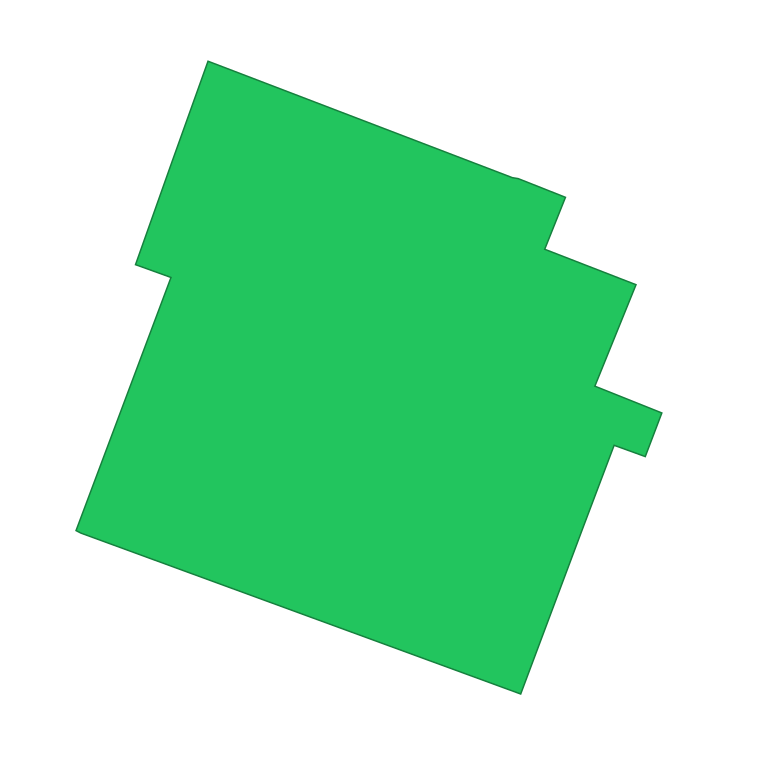 Muskingum, Ohio, United States of America, rotated 198°
{"feature_id": "52423323B20353272340555", "entity_name": "Muskingum", "entity_type": "district", "adm_level": 2, "iso_a3": "USA", "parent_name": "United States of America", "parent_adm1": "Ohio", "projection": "robinson", "projection_center": [-81.974, 39.961], "detail": "fine", "context": "isolated", "style": "filled", "palette": "green", "viewbox_px": 768, "rotation_deg": 198, "n_neighbors": 0, "source": "geoboundaries", "source_scale": "gbopen_adm2", "svg_char_len": 387}
<svg xmlns="http://www.w3.org/2000/svg" viewBox="0 0 768 768"><g transform="rotate(198 384 384)"><path d="M631.6,149.4L625.9,148.5L158.2,131.4L150.3,310.1L146.2,396.8L113.1,395.7L110.8,442.3L182.8,447.1L175.0,556.3L272.8,561.8L269.1,617.6L319.9,620.8L325.7,619.9L651.1,636.6L654.3,529.3L657.2,420.7L619.5,419.5L631.6,149.4Z" fill="#22c55e" stroke="#15803d" stroke-width="1.5"/></g></svg>